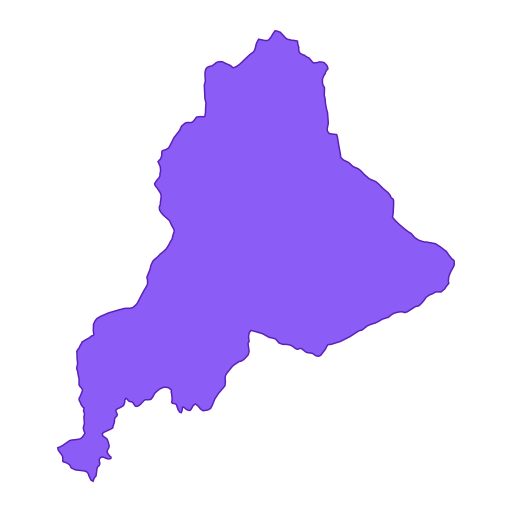 the district of Jangchhubling, Samdrup Jongkhar, Bhutan
{"feature_id": "84629894B32677413197834", "entity_name": "Jangchhubling", "entity_type": "district", "adm_level": 2, "iso_a3": "BTN", "parent_name": "Bhutan", "parent_adm1": "Samdrup Jongkhar", "projection": "orthographic", "projection_center": [91.465, 26.935], "detail": "fine", "context": "isolated", "style": "filled", "palette": "violet", "viewbox_px": 512, "rotation_deg": 0, "n_neighbors": 0, "source": "geoboundaries", "source_scale": "gbopen_adm2", "svg_char_len": 5949}
<svg xmlns="http://www.w3.org/2000/svg" viewBox="0 0 512 512"><path d="M90.9,480.0L93.0,481.3L94.1,478.4L94.8,477.3L96.0,476.0L96.4,473.3L96.9,469.1L97.6,466.9L99.1,465.6L99.6,464.7L99.8,463.2L99.3,460.9L99.3,459.2L100.2,457.8L101.8,457.0L103.5,457.2L106.0,458.3L107.8,458.9L110.0,458.8L110.9,458.4L111.0,457.1L109.2,455.5L107.2,452.5L107.2,450.8L108.1,448.9L108.7,448.0L109.2,446.0L108.6,443.3L107.3,439.5L106.0,438.1L103.2,436.2L102.4,435.1L102.5,433.5L103.6,432.4L109.7,429.6L111.6,428.6L112.8,427.8L113.1,425.9L114.4,422.2L114.6,418.4L116.9,415.9L117.3,414.5L115.8,411.0L116.1,409.8L117.8,408.6L119.8,407.8L122.8,406.1L123.8,405.0L124.7,402.5L124.7,400.1L125.3,399.5L125.9,398.3L127.0,398.9L128.4,400.7L129.6,401.5L131.6,401.8L133.0,402.7L134.4,405.0L135.4,406.2L136.9,406.4L138.9,405.6L140.7,404.1L144.1,400.4L145.5,399.7L147.8,399.8L150.4,399.5L151.2,399.1L152.8,396.9L154.8,393.2L157.9,390.4L160.3,388.7L163.6,387.3L165.7,387.2L168.5,387.7L171.5,390.2L171.2,392.0L171.7,394.1L172.1,398.2L172.1,400.2L171.7,402.4L172.5,403.3L174.4,403.6L176.3,404.4L178.2,409.9L179.8,412.2L181.2,412.7L182.0,410.8L182.3,409.4L182.4,407.6L183.0,407.0L184.4,407.7L185.9,409.1L187.8,410.1L189.8,410.5L191.0,409.5L192.8,406.2L194.4,404.5L195.5,404.0L197.8,405.7L200.5,409.0L202.9,410.7L204.9,410.5L207.7,410.0L209.5,409.1L210.7,408.3L212.3,405.2L214.8,399.0L218.4,393.5L224.9,385.9L225.4,382.1L225.1,377.2L225.6,375.4L226.6,373.5L232.6,366.1L235.1,364.2L239.2,361.5L241.0,361.2L243.6,359.7L245.9,357.4L248.2,354.8L249.1,351.3L248.0,343.5L249.1,341.4L248.6,337.3L248.6,335.8L249.3,332.8L250.8,330.5L253.1,330.9L262.4,333.6L269.2,337.4L272.5,338.0L275.7,339.1L279.0,343.0L282.3,344.2L283.9,344.4L286.8,344.4L287.6,344.6L289.7,344.9L292.2,346.0L295.5,348.5L296.6,349.1L297.7,349.3L299.3,348.6L300.5,348.5L301.6,348.7L306.0,352.1L307.2,352.6L312.5,353.3L315.0,355.2L315.9,355.7L317.3,356.1L318.8,356.2L320.7,355.3L321.5,354.3L325.4,349.2L326.8,346.3L327.9,344.7L331.3,344.3L340.3,341.5L349.8,336.7L358.9,330.8L362.1,330.0L367.1,326.0L370.4,324.5L375.3,323.0L378.2,321.6L382.4,319.1L388.4,317.3L391.1,315.0L393.6,313.4L396.5,312.5L400.0,311.8L402.7,311.9L404.7,312.6L407.3,311.8L415.4,306.6L418.9,305.8L421.3,303.5L423.7,300.8L426.1,297.3L429.2,295.1L432.4,293.8L435.7,291.9L441.1,291.9L444.7,288.9L446.2,286.5L448.8,283.3L448.3,281.0L448.9,276.1L450.9,271.4L453.7,266.3L454.3,264.4L454.2,261.8L454.0,260.7L453.6,260.1L452.1,259.1L449.3,255.7L446.4,251.5L440.4,246.9L435.4,243.7L425.8,241.9L424.6,242.1L418.9,240.3L414.7,237.6L411.2,233.5L408.3,231.8L404.0,228.5L399.0,224.2L395.2,220.5L392.5,217.2L393.1,213.6L393.6,205.1L393.6,200.7L393.0,199.0L391.1,197.7L390.2,195.4L388.1,192.7L383.5,188.9L378.7,184.1L375.8,181.6L369.4,178.9L364.3,174.5L360.5,170.5L358.3,168.8L353.1,166.6L348.8,162.6L343.3,159.9L340.6,157.2L340.5,154.7L338.9,146.2L337.3,136.5L336.6,134.5L334.3,134.3L329.3,133.6L327.4,131.1L327.2,128.6L328.2,123.9L328.3,122.9L327.6,113.9L327.6,113.1L326.4,108.5L325.4,103.2L325.3,100.9L324.9,97.5L324.4,96.3L324.2,94.5L324.4,93.0L324.5,87.6L323.2,85.4L322.5,83.5L322.4,79.4L323.5,76.2L324.8,74.2L325.3,73.3L325.5,72.2L326.6,70.2L327.9,69.0L327.6,67.1L326.8,65.4L325.5,64.0L324.1,62.6L322.0,62.1L319.5,61.9L317.1,62.6L314.6,62.9L312.7,62.5L311.8,61.2L309.0,58.0L306.1,56.6L304.5,55.2L303.0,54.8L301.1,53.9L300.0,53.1L299.3,52.2L298.7,50.0L298.8,47.2L297.9,44.8L297.5,41.1L294.0,40.4L291.2,40.2L289.5,39.6L288.0,39.4L286.9,38.9L285.5,37.9L280.4,32.3L277.5,31.2L275.1,30.7L273.1,33.5L270.9,37.3L268.7,39.9L267.5,40.4L266.1,40.6L264.4,40.4L258.6,39.2L256.8,42.6L256.2,44.2L255.2,48.4L254.6,50.1L253.6,51.8L249.7,54.7L240.3,63.7L238.4,65.2L236.4,66.5L233.8,67.7L232.8,67.6L231.2,66.1L229.3,64.9L226.7,63.9L222.7,61.9L220.7,61.6L218.6,61.8L217.1,62.2L215.8,62.9L215.0,63.7L212.1,65.8L210.9,66.2L210.0,66.2L208.7,66.7L207.3,67.4L206.4,68.2L205.7,69.6L205.2,71.2L205.0,73.3L205.0,75.3L205.2,78.8L205.3,81.5L204.3,85.1L204.9,98.4L206.0,103.3L205.7,106.7L205.4,113.4L204.8,116.4L204.0,116.8L201.2,116.6L199.3,116.7L196.8,117.0L196.0,117.7L194.2,120.3L192.5,122.0L190.7,122.6L188.8,122.5L186.2,122.6L185.0,123.2L181.5,126.2L179.6,130.5L174.0,137.6L170.4,144.8L168.9,147.5L167.5,148.7L166.0,149.5L162.3,150.8L161.8,151.8L161.8,155.3L160.8,158.4L160.0,159.6L159.1,160.3L158.0,161.7L158.7,162.8L159.3,164.8L160.2,166.3L160.6,170.3L160.4,171.9L160.0,173.5L159.9,176.0L158.6,178.4L157.7,179.1L155.0,182.9L154.6,183.9L154.8,184.7L155.4,185.9L157.1,188.0L160.3,192.9L161.2,195.5L160.8,199.8L160.4,202.0L160.4,203.7L160.1,205.1L159.5,206.3L159.3,207.5L159.6,210.1L160.9,212.2L162.8,214.6L169.6,220.7L171.2,224.5L173.8,229.2L174.2,230.7L174.1,231.9L173.3,233.9L172.0,239.2L170.6,241.4L168.5,245.4L166.2,248.9L163.1,251.8L160.0,254.3L158.1,256.5L153.5,260.3L152.4,262.1L150.8,265.7L150.2,268.8L146.9,277.2L147.6,280.8L147.5,284.2L146.5,286.3L143.5,291.3L137.2,303.4L135.4,305.4L132.6,307.7L129.5,308.3L125.8,308.3L123.6,308.6L121.4,309.3L119.2,309.7L117.5,310.3L108.8,312.8L100.5,316.4L97.1,318.4L95.3,320.5L93.5,324.2L93.3,330.4L93.5,332.3L93.8,333.5L93.6,335.0L93.1,335.5L92.0,335.8L90.9,336.4L89.8,337.5L85.3,340.0L83.7,341.1L82.2,341.8L81.6,343.3L80.7,344.6L79.9,346.2L79.2,347.9L78.0,349.3L76.8,351.3L77.0,353.9L77.1,359.1L77.5,362.0L77.6,363.9L76.7,367.9L76.9,369.6L77.5,370.6L78.5,376.5L79.0,378.3L79.1,379.2L79.0,384.6L79.7,386.1L81.3,387.8L82.1,389.1L82.4,390.1L82.3,391.3L81.9,392.0L80.1,396.6L79.3,397.8L79.1,398.9L79.1,399.7L79.3,400.5L80.2,402.2L81.1,404.6L82.5,406.6L84.1,408.0L83.6,410.0L83.6,411.2L84.4,413.2L84.4,414.4L83.9,417.3L84.4,423.3L83.3,427.9L83.7,429.9L84.9,433.4L82.3,437.2L80.9,438.4L79.4,439.1L74.4,439.8L71.9,440.0L69.6,440.6L62.8,445.4L59.8,447.0L58.5,447.4L57.7,447.8L58.3,450.2L62.2,455.6L62.7,457.2L62.8,459.2L62.8,461.4L63.9,462.1L65.5,462.4L68.0,463.7L69.4,464.7L70.1,465.5L70.9,467.3L71.4,468.0L75.5,469.9L84.1,470.9L86.5,471.7L87.7,472.9L88.5,474.2L88.8,475.5L89.9,477.9L90.9,480.0Z" fill="#8b5cf6" stroke="#5b21b6" stroke-width="1.5"/></svg>